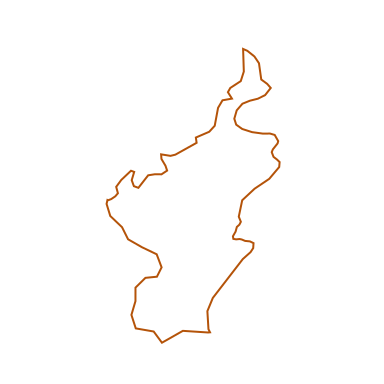 the District of Briceni, rotated 110°
{"feature_id": "MDA-1613", "entity_name": "Briceni", "entity_type": "District", "adm_level": 1, "iso_a3": "MDA", "parent_name": "Moldova", "parent_adm1": "", "projection": "robinson", "projection_center": [26.94, 48.261], "detail": "fine", "context": "isolated", "style": "outline", "palette": "amber", "viewbox_px": 384, "rotation_deg": 110, "n_neighbors": 0, "source": "natural_earth", "source_scale": "10m", "svg_char_len": 1348}
<svg xmlns="http://www.w3.org/2000/svg" viewBox="0 0 384 384"><g transform="rotate(110 192 192)"><path d="M85.9,192.4L81.1,191.6L71.1,184.1L61.1,184.5L40.1,192.9L40.4,188.3L43.3,179.7L48.1,173.1L62.6,165.4L64.7,158.3L67.3,153.6L75.9,156.4L81.8,162.0L86.4,168.8L91.8,174.8L100.0,177.9L108.7,177.3L113.6,173.5L115.6,166.4L115.2,156.0L112.9,145.4L110.4,138.7L110.1,133.8L114.7,128.4L117.1,128.2L124.3,130.6L127.3,130.7L131.1,127.4L132.4,123.3L133.9,119.9L138.7,118.6L153.2,123.9L167.5,134.3L182.6,142.0L199.2,139.6L203.3,135.9L206.5,136.3L209.5,137.9L214.3,137.5L219.6,138.4L221.9,137.1L221.4,134.3L219.9,131.2L219.6,129.0L219.8,125.4L218.6,120.7L219.0,116.7L223.8,115.3L228.5,116.4L237.6,121.3L284.4,136.2L298.7,136.8L315.3,129.6L317.7,127.1L318.5,128.8L325.6,153.1L343.9,168.7L336.2,180.3L339.4,198.2L328.2,206.9L313.9,207.8L301.2,212.4L288.6,206.4L283.6,196.0L273.2,194.8L262.6,203.9L261.0,220.2L258.3,235.9L249.0,245.7L242.5,260.6L232.4,268.2L228.5,268.7L228.6,268.2L226.3,265.5L222.3,262.6L218.5,261.2L213.1,265.0L204.9,262.6L192.9,256.6L192.9,253.2L201.5,252.7L206.4,248.6L206.4,243.8L191.3,238.9L188.1,233.1L185.8,226.7L180.4,222.7L176.4,225.9L171.4,232.0L167.2,233.9L165.4,224.6L162.6,220.4L144.2,204.5L139.5,207.0L129.5,196.4L122.0,193.3L104.0,196.3L95.4,194.7L90.6,186.4L85.9,192.4Z" fill="none" stroke="#b45309" stroke-width="2"/></g></svg>